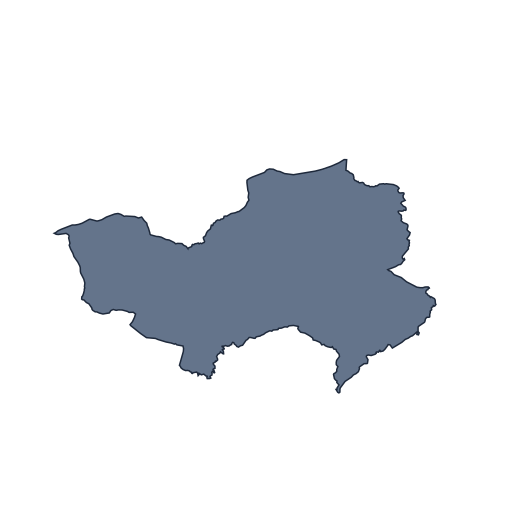 outline of Villa De Leyva, Boyacá, Colombia, rotated 215°
{"feature_id": "7082276B92158404530910", "entity_name": "Villa De Leyva", "entity_type": "district", "adm_level": 2, "iso_a3": "COL", "parent_name": "Colombia", "parent_adm1": "Boyacá", "projection": "orthographic", "projection_center": [-73.539, 5.662], "detail": "fine", "context": "isolated", "style": "filled", "palette": "slate", "viewbox_px": 512, "rotation_deg": 215, "n_neighbors": 0, "source": "geoboundaries", "source_scale": "gbopen_adm2", "svg_char_len": 6114}
<svg xmlns="http://www.w3.org/2000/svg" viewBox="0 0 512 512"><g transform="rotate(215 256 256)"><path d="M434.3,158.9L432.1,159.2L430.3,160.2L424.5,165.6L421.8,165.8L421.0,165.5L420.2,164.6L419.9,163.4L415.7,159.7L415.2,157.7L411.9,155.4L407.4,153.1L404.8,151.1L398.4,148.8L394.7,146.8L393.3,145.7L391.0,142.6L389.8,141.5L383.8,138.3L380.7,135.7L378.9,132.4L377.9,131.6L377.7,130.4L377.0,129.6L375.8,126.4L375.1,123.8L375.3,122.7L374.1,120.7L373.2,120.6L371.8,121.3L368.3,120.6L365.5,121.0L360.8,119.3L359.6,118.2L358.5,117.9L355.7,118.0L354.4,118.9L351.6,119.4L348.1,120.7L343.5,125.2L343.6,128.0L342.3,130.3L339.4,131.3L337.6,133.1L334.7,135.0L329.4,136.9L327.6,137.0L324.3,139.5L321.4,139.4L320.3,135.9L319.5,131.3L319.8,127.5L318.7,127.1L306.2,126.3L298.9,126.3L291.1,130.8L288.3,131.4L280.3,134.0L275.5,136.1L272.3,137.0L271.7,138.0L269.9,137.8L264.2,140.4L262.2,138.6L260.7,136.0L256.0,122.5L254.7,122.2L253.1,121.3L250.5,121.2L247.9,121.8L246.6,122.9L244.7,123.7L243.4,123.4L242.1,123.8L241.6,123.2L241.1,123.1L240.7,123.3L240.5,124.4L238.0,126.9L236.6,126.5L234.8,124.8L234.6,126.3L235.2,127.2L232.6,127.3L231.0,129.3L228.2,129.0L227.0,129.5L226.4,128.1L225.6,127.6L223.6,129.1L223.0,130.1L224.5,130.8L224.6,131.7L223.8,133.2L224.7,134.7L225.5,135.3L225.5,136.5L225.1,136.8L223.7,136.2L223.1,136.4L223.0,136.8L225.0,138.3L225.6,138.1L226.2,138.5L226.0,139.4L225.2,140.5L226.5,142.3L228.7,142.8L229.6,143.7L228.6,145.5L228.9,146.6L228.2,146.9L227.8,148.8L228.4,149.6L230.6,151.0L230.9,153.3L229.9,155.8L230.2,157.1L226.7,157.0L226.4,157.3L228.2,159.4L229.8,159.8L229.6,160.8L228.8,161.3L228.9,161.9L230.2,162.4L231.8,162.3L232.0,162.7L230.4,163.9L229.7,165.1L227.7,165.7L226.4,166.9L225.8,168.8L225.2,169.4L225.7,170.7L225.5,172.0L224.3,172.2L223.4,171.5L221.0,171.4L219.9,170.9L218.1,171.3L217.2,173.6L215.8,175.2L215.8,181.3L215.1,182.7L214.9,185.3L213.6,186.2L210.3,187.5L209.5,188.1L209.4,190.0L206.7,192.8L206.2,194.1L204.8,196.2L204.1,198.6L201.8,202.7L199.9,203.5L199.5,205.2L195.9,208.2L195.8,208.8L196.1,209.5L195.9,209.8L193.8,211.5L191.8,214.5L189.5,215.8L188.9,217.7L185.5,220.6L180.9,222.6L180.6,222.4L180.3,220.8L179.3,220.1L175.8,219.2L171.7,220.9L166.6,221.4L162.7,221.4L161.0,220.0L158.7,221.0L154.4,221.9L153.2,221.8L151.2,220.9L149.6,222.6L147.8,222.2L145.1,222.8L142.5,223.9L141.8,224.3L141.4,225.5L139.0,224.4L136.9,225.3L135.4,224.2L131.6,223.2L130.0,221.6L130.1,216.8L129.3,214.9L127.9,213.0L125.5,212.4L124.8,209.4L123.7,207.8L123.9,205.9L124.7,204.3L124.6,203.5L121.4,200.5L119.2,200.0L118.0,200.1L117.2,198.7L114.1,198.0L113.9,194.3L113.2,193.2L113.9,192.6L111.0,191.3L109.8,191.3L109.4,191.7L109.2,192.6L111.0,195.3L111.3,196.4L111.1,204.4L108.4,211.3L108.0,214.5L106.6,216.9L105.8,219.9L106.6,223.0L107.5,223.9L107.6,224.6L105.7,229.8L103.4,231.5L103.2,232.1L104.8,235.3L107.8,236.7L108.2,237.4L108.1,238.2L107.1,239.4L104.6,240.5L102.1,243.8L101.7,245.2L102.4,245.9L102.0,246.7L100.5,247.5L100.7,249.6L100.2,249.8L99.6,249.1L99.1,249.1L97.4,251.1L96.9,253.6L96.8,258.5L97.0,259.2L95.2,260.1L91.5,258.8L87.0,269.0L85.9,273.3L84.2,276.0L83.1,279.0L82.1,280.3L80.6,286.0L80.1,285.9L79.2,284.0L77.7,284.6L78.2,286.6L80.0,287.2L82.3,290.5L82.6,291.4L80.1,298.0L80.0,298.9L81.1,301.7L81.0,303.4L80.7,303.9L79.1,305.1L78.8,305.8L80.3,308.0L80.9,309.9L81.7,310.7L81.3,312.7L82.7,314.3L81.9,316.2L82.3,317.1L80.9,317.4L80.8,319.5L81.9,320.1L84.0,322.7L85.4,323.4L89.5,323.0L89.7,322.8L89.6,322.2L91.4,322.7L92.6,322.5L93.9,323.1L95.7,323.1L96.5,324.3L96.7,325.9L95.9,327.0L96.2,328.2L95.6,329.1L96.1,329.4L96.8,329.1L97.2,329.4L98.1,328.8L99.7,327.6L101.2,325.7L103.4,324.2L106.4,322.7L117.9,321.2L124.6,321.7L132.1,319.9L136.5,320.8L139.0,320.2L140.3,320.4L135.6,327.3L134.1,330.7L132.7,332.0L132.4,333.6L132.5,335.9L132.0,338.2L133.1,339.0L133.6,337.8L134.5,338.0L135.2,338.5L136.0,339.9L135.2,349.2L136.4,350.6L136.4,352.4L137.4,353.4L137.8,354.8L138.9,355.6L139.3,356.8L141.1,356.3L142.3,356.7L142.3,361.3L143.2,363.6L145.0,363.6L147.3,364.1L148.6,367.5L149.3,368.4L150.9,368.7L154.4,367.8L157.4,368.1L157.9,369.9L159.0,370.7L160.1,372.5L160.8,372.8L162.9,372.8L164.9,373.7L165.1,374.2L164.5,375.1L162.3,376.3L161.3,377.3L161.2,378.4L159.7,379.1L159.5,379.7L160.0,380.6L161.2,381.6L162.5,381.7L163.6,381.3L167.6,382.2L167.7,383.8L165.7,387.1L168.8,388.2L170.2,389.8L170.3,391.6L170.8,392.3L171.7,392.2L174.2,390.2L175.4,389.9L177.3,390.8L177.7,391.7L177.6,393.5L178.4,393.9L180.9,394.1L184.5,393.3L190.9,389.8L191.7,388.7L192.8,388.5L196.1,385.7L197.1,382.8L198.3,382.1L198.5,381.2L199.5,380.1L200.9,379.4L202.5,378.0L203.9,378.3L205.3,377.3L206.9,376.9L208.2,376.8L209.6,377.5L210.9,377.4L213.2,375.3L214.5,375.1L215.1,375.6L216.0,374.9L217.5,375.0L218.3,374.6L220.4,375.5L220.8,376.4L222.9,378.3L225.0,378.5L226.3,378.0L229.4,378.3L231.5,377.8L237.0,386.9L239.1,385.5L241.6,379.8L245.9,372.7L251.5,365.0L256.1,359.6L271.9,344.1L279.9,339.9L284.9,338.9L287.4,337.7L291.6,337.0L294.8,335.1L296.5,332.8L297.0,329.3L304.2,318.7L306.0,315.5L306.8,312.9L305.5,310.9L300.4,305.2L298.1,303.5L296.1,299.6L293.8,297.6L293.9,295.1L293.2,291.6L293.4,288.9L295.5,282.5L296.1,282.2L297.8,279.5L300.7,276.5L302.8,271.8L303.6,271.5L304.9,270.2L304.2,268.4L304.6,267.2L305.8,266.2L306.2,264.6L308.1,263.5L308.8,261.8L308.7,260.0L309.6,258.5L308.9,256.3L309.0,256.0L309.9,256.0L310.3,255.6L308.9,252.1L309.9,248.6L309.8,246.6L309.0,243.6L309.8,241.1L309.0,240.1L306.5,238.5L306.2,237.4L307.0,236.3L307.5,235.0L309.0,234.6L309.6,233.3L310.8,233.5L311.5,232.4L313.0,231.0L313.4,229.6L314.6,229.1L314.7,228.2L314.1,226.8L315.7,224.4L316.1,223.4L315.9,222.9L318.8,223.8L321.3,223.3L323.8,223.7L327.3,221.5L328.9,219.9L330.9,220.1L336.3,219.3L339.3,217.8L344.3,217.1L346.8,216.1L348.8,214.9L354.4,212.9L355.5,213.2L356.3,214.1L360.2,217.2L362.4,218.5L364.3,220.2L368.0,220.9L372.0,222.3L374.1,219.7L377.9,218.8L385.5,214.1L386.7,212.9L390.5,212.6L393.4,211.7L395.9,209.3L400.9,202.1L403.1,197.3L405.1,194.7L406.3,193.4L412.9,191.0L413.6,190.4L417.2,183.2L419.5,180.1L421.9,177.7L424.3,176.0L430.8,166.3L432.6,163.2L433.5,160.2L434.3,158.9Z" fill="#64748b" stroke="#1e293b" stroke-width="1.5"/></g></svg>